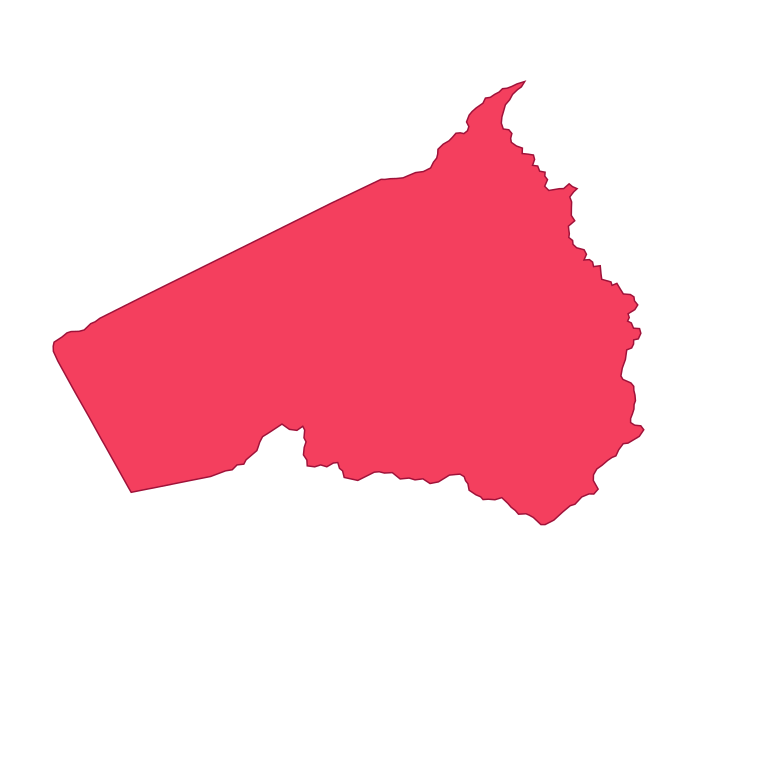 Santa Filomena, Pernambuco, Brazil, rotated 240°
{"feature_id": "56859067B7026761946048", "entity_name": "Santa Filomena", "entity_type": "district", "adm_level": 2, "iso_a3": "BRA", "parent_name": "Brazil", "parent_adm1": "Pernambuco", "projection": "equal_earth", "projection_center": [-40.595, -8.21], "detail": "fine", "context": "isolated", "style": "filled", "palette": "rose", "viewbox_px": 768, "rotation_deg": 240, "n_neighbors": 0, "source": "geoboundaries", "source_scale": "gbopen_adm2", "svg_char_len": 2991}
<svg xmlns="http://www.w3.org/2000/svg" viewBox="0 0 768 768"><g transform="rotate(240 384 384)"><path d="M185.9,516.9L195.7,517.0L200.6,520.0L204.0,525.8L204.6,532.2L206.0,539.5L206.4,544.7L205.8,548.9L209.7,554.4L212.7,561.3L210.8,565.8L211.0,578.9L214.5,586.1L219.4,585.5L223.0,580.5L227.3,578.3L230.8,580.3L234.1,584.4L237.3,587.9L241.2,590.3L243.8,593.4L248.9,595.8L253.6,597.2L257.1,599.1L261.4,598.4L268.5,593.2L272.5,593.2L278.7,598.4L284.5,605.3L292.2,611.3L291.4,616.5L293.8,620.1L297.4,622.3L295.9,626.8L299.5,631.8L304.2,633.0L307.6,628.0L313.2,628.7L316.7,626.4L318.9,629.6L322.8,630.5L323.0,638.4L325.6,643.3L330.8,642.5L334.5,644.0L338.3,642.1L342.3,636.3L348.1,636.1L354.7,636.0L355.4,630.8L358.9,631.6L365.8,624.9L370.9,627.0L378.3,630.4L380.9,624.2L385.3,625.6L389.0,624.1L391.4,619.2L395.1,624.2L400.2,624.4L405.7,618.9L410.4,617.5L414.0,619.1L418.5,617.3L421.4,619.6L425.1,621.1L428.5,622.6L430.0,630.8L436.3,630.5L443.2,634.6L447.8,637.5L453.1,638.4L455.6,644.5L456.6,648.9L460.7,645.9L464.8,644.4L463.4,637.3L465.5,633.4L469.2,623.5L474.9,622.0L479.2,627.8L483.6,627.2L486.9,629.4L490.5,625.2L495.9,626.1L499.1,622.0L503.2,626.7L507.6,627.9L511.0,623.7L514.5,618.9L519.1,621.8L523.9,617.7L529.6,615.1L533.4,616.5L537.0,620.0L541.8,619.2L545.2,614.8L551.2,616.0L556.3,619.6L560.9,624.4L565.1,628.7L567.4,635.1L570.5,640.1L572.2,647.0L572.6,651.5L575.6,657.1L577.4,649.2L577.8,643.4L578.6,638.5L580.5,634.3L579.3,629.7L579.5,624.6L579.1,619.4L580.9,614.8L577.7,610.1L577.0,601.9L575.9,596.5L574.3,592.2L569.7,586.5L564.5,586.2L561.6,582.9L560.9,578.4L563.4,575.6L565.2,571.7L563.4,566.5L562.1,561.9L562.1,555.2L560.3,548.1L556.3,545.5L553.3,542.6L551.4,537.8L547.8,532.4L548.3,524.3L551.3,517.1L552.2,510.2L553.0,503.6L555.7,497.6L558.6,492.2L560.7,487.1L562.7,483.8L567.0,428.4L572.6,337.7L580.3,217.0L583.0,170.7L582.3,165.0L582.9,160.2L580.7,151.4L582.1,146.2L585.9,139.2L586.8,135.0L585.7,128.6L585.2,119.2L582.1,116.4L577.6,114.0L566.8,113.0L531.1,112.3L502.3,112.1L476.8,111.6L471.7,111.6L422.3,110.9L416.6,110.9L411.3,126.6L409.2,132.6L398.2,165.3L390.6,187.6L388.0,203.4L385.6,209.7L387.4,216.3L384.7,222.5L387.3,226.6L389.9,240.6L392.9,244.1L395.8,247.3L399.1,252.5L399.4,260.7L400.3,275.6L392.0,279.4L387.4,285.4L388.0,292.5L383.8,292.3L377.4,287.8L372.9,287.6L369.0,283.2L362.9,278.8L356.7,279.2L351.5,276.6L346.9,282.6L345.6,288.7L340.9,293.1L340.9,300.6L339.1,304.7L333.2,303.3L329.5,304.7L323.0,302.8L313.6,313.1L312.5,331.5L310.4,336.0L306.7,339.8L303.1,346.9L293.7,350.5L290.0,358.7L285.5,362.9L282.4,370.3L274.8,374.1L272.0,382.2L272.4,395.1L270.0,400.4L267.9,404.8L263.7,407.1L259.5,406.3L255.7,406.8L249.5,404.6L242.1,408.2L238.0,411.3L234.4,412.0L232.1,416.7L228.3,422.2L226.7,429.2L218.6,431.6L213.7,432.5L208.8,434.5L204.0,435.4L200.6,442.1L197.8,444.2L193.8,446.6L183.8,449.6L181.7,453.2L181.2,463.1L183.8,474.7L185.5,484.4L184.4,489.3L187.3,498.8L186.3,506.6L183.8,510.7L185.9,516.9Z" fill="#f43f5e" stroke="#9f1239" stroke-width="1.5"/></g></svg>